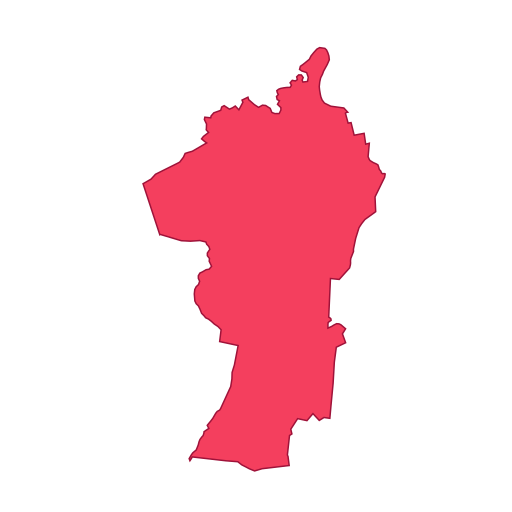 the district of Perak Tengah, Perak, Malaysia, rotated 186°
{"feature_id": "92858781B97435964158184", "entity_name": "Perak Tengah", "entity_type": "district", "adm_level": 2, "iso_a3": "MYS", "parent_name": "Malaysia", "parent_adm1": "Perak", "projection": "orthographic", "projection_center": [100.916, 4.265], "detail": "fine", "context": "isolated", "style": "filled", "palette": "rose", "viewbox_px": 512, "rotation_deg": 186, "n_neighbors": 0, "source": "geoboundaries", "source_scale": "gbopen_adm2", "svg_char_len": 3130}
<svg xmlns="http://www.w3.org/2000/svg" viewBox="0 0 512 512"><g transform="rotate(186 256 256)"><path d="M201.1,51.1L203.2,60.0L204.0,61.4L203.9,81.0L201.7,82.8L203.3,87.4L197.6,98.6L188.1,97.6L182.9,105.2L175.9,99.1L171.5,102.5L165.6,102.3L165.8,115.8L166.0,137.3L167.0,158.6L166.6,173.7L157.8,179.1L161.9,187.6L159.3,193.0L164.4,196.5L166.4,197.2L168.8,197.1L171.5,195.4L173.2,194.0L176.9,191.8L177.3,195.4L177.3,197.4L176.3,198.4L174.6,199.8L174.9,201.3L176.1,202.3L177.3,202.8L179.6,241.4L170.8,241.4L161.7,253.9L161.2,257.1L161.2,259.0L161.5,261.0L161.5,263.4L159.5,270.7L159.8,273.0L158.7,284.0L156.5,295.0L154.4,299.1L151.5,303.7L141.6,312.6L143.8,327.2L136.3,347.8L136.1,351.1L136.8,351.4L139.0,351.1L140.0,351.9L140.7,353.4L142.4,355.0L143.4,357.5L144.3,359.4L146.1,360.2L149.2,361.2L151.0,362.1L152.7,362.9L153.7,364.3L154.9,366.5L155.1,380.0L158.6,378.7L161.3,389.3L171.0,386.4L175.4,398.6L178.3,397.8L182.0,407.4L181.0,408.3L179.8,408.6L184.1,412.4L197.3,412.8L203.9,415.2L206.6,418.1L208.1,421.0L208.9,423.4L210.0,427.3L210.8,431.0L210.8,435.8L210.3,440.0L208.9,443.7L208.1,446.9L205.2,453.8L203.6,458.8L204.4,462.5L205.8,465.7L207.4,468.3L209.2,469.7L214.5,469.9L217.1,468.1L219.8,464.4L222.2,460.7L223.5,457.2L229.3,451.4L231.7,449.3L232.0,447.3L232.2,446.1L229.8,444.8L224.8,443.7L222.7,439.2L223.0,435.0L227.5,433.9L228.5,435.8L227.7,438.4L229.8,440.8L232.5,440.6L234.3,438.4L233.3,435.8L235.1,434.2L238.3,434.5L240.2,431.8L238.6,429.7L239.6,427.3L243.3,426.8L246.5,426.0L249.1,425.2L251.0,424.2L252.6,422.6L251.8,420.5L250.7,418.9L252.3,416.8L251.3,413.8L248.9,412.8L250.5,409.1L246.8,406.2L246.5,403.8L247.8,400.1L252.1,399.6L255.2,400.4L257.3,404.3L260.0,405.6L262.1,406.7L265.3,406.7L269.0,404.1L273.5,406.4L279.6,410.7L280.6,413.1L286.2,409.6L285.1,407.5L288.3,399.6L292.3,403.0L294.9,400.9L297.8,399.3L303.4,402.2L305.7,400.6L306.3,397.2L310.2,395.3L312.9,394.0L315.3,390.6L315.5,388.7L321.4,388.7L321.6,386.3L319.0,382.1L318.7,377.9L318.7,376.3L316.1,373.9L320.8,369.4L322.4,366.8L319.2,364.6L316.9,363.3L330.3,353.5L334.3,351.9L337.2,350.6L338.5,346.7L340.4,343.5L341.7,341.4L344.1,339.8L364.5,326.8L368.4,321.5L375.9,316.1L354.2,267.8L353.9,267.2L353.7,267.5L331.9,263.4L322.7,263.9L313.4,265.5L307.3,264.7L306.3,262.6L303.9,260.5L302.6,257.8L303.6,256.0L304.7,253.8L304.4,251.2L302.0,248.6L302.0,245.9L300.7,243.8L299.1,241.1L301.2,238.0L304.1,237.2L307.8,234.5L310.0,233.2L311.3,230.3L311.0,227.7L309.4,225.0L310.2,221.6L312.3,219.2L313.4,216.3L313.4,211.8L312.1,204.9L310.5,202.3L308.1,200.4L306.0,197.0L304.1,193.3L301.5,191.2L299.6,189.3L296.7,188.3L293.6,186.4L290.4,184.0L286.4,181.9L283.0,179.0L283.2,167.1L264.4,165.1L266.1,145.3L267.6,137.7L267.1,131.2L267.5,123.5L275.3,100.4L276.1,98.9L278.3,97.4L279.6,95.4L280.8,92.7L282.0,90.0L283.7,87.2L286.8,82.5L284.9,79.6L289.3,75.9L289.3,74.4L289.8,71.9L291.0,70.3L292.5,67.8L293.2,65.4L293.7,62.0L294.5,59.2L295.2,56.8L296.9,55.1L298.3,53.6L299.4,51.7L301.3,47.5L300.3,45.5L299.6,46.8L298.3,49.5L264.7,49.2L252.6,49.5L248.3,46.8L243.6,45.0L240.4,43.7L234.9,42.1L227.7,45.1L201.1,51.1Z" fill="#f43f5e" stroke="#9f1239" stroke-width="1.5"/></g></svg>